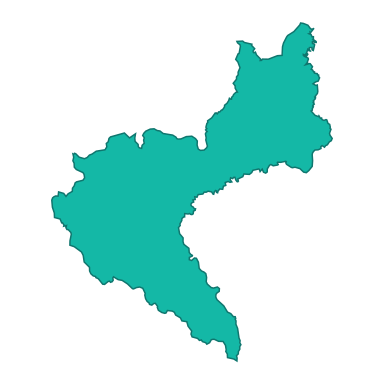 San Jacinto Del Cauca, Bolívar, Colombia (Albers equal-area conic projection)
{"feature_id": "7082276B25893403851567", "entity_name": "San Jacinto Del Cauca", "entity_type": "district", "adm_level": 2, "iso_a3": "COL", "parent_name": "Colombia", "parent_adm1": "Bolívar", "projection": "albers", "projection_center": [-74.643, 8.23], "detail": "fine", "context": "isolated", "style": "filled", "palette": "teal", "viewbox_px": 384, "rotation_deg": 0, "n_neighbors": 0, "source": "geoboundaries", "source_scale": "gbopen_adm2", "svg_char_len": 5948}
<svg xmlns="http://www.w3.org/2000/svg" viewBox="0 0 384 384"><path d="M300.6,23.0L299.8,24.9L293.9,31.6L287.7,35.5L286.6,37.0L283.5,43.1L282.5,46.8L282.1,55.4L277.4,55.7L268.3,59.2L262.5,59.1L261.5,60.4L260.2,60.5L260.6,59.1L256.5,54.9L255.4,52.1L254.0,52.8L253.1,51.9L253.2,50.7L254.7,48.7L251.6,45.4L251.9,44.2L244.4,42.5L242.7,41.1L236.9,41.4L237.6,42.9L240.0,44.8L240.4,46.3L239.1,53.4L238.1,53.8L235.7,59.4L237.9,62.0L240.0,67.7L238.1,72.2L238.2,74.7L236.5,76.9L236.5,79.2L233.2,83.3L235.1,85.8L235.2,88.3L237.4,92.1L235.8,92.4L233.6,94.5L232.8,96.3L231.6,97.3L231.5,99.2L230.6,99.2L229.4,98.3L228.7,100.6L227.0,103.3L224.6,105.2L224.4,107.1L222.3,110.0L221.5,110.0L219.7,112.0L218.6,111.9L217.3,113.8L216.4,113.0L215.9,113.5L215.2,113.0L211.7,117.9L207.6,120.8L207.8,122.5L206.9,123.4L206.0,126.8L206.0,127.9L206.8,128.7L205.6,129.9L207.1,131.6L206.3,132.1L205.4,133.9L206.2,137.9L205.8,139.9L207.4,146.2L206.5,147.9L204.1,150.1L200.4,150.4L198.3,149.1L197.1,145.1L197.3,141.0L195.5,138.6L191.8,136.2L186.3,136.6L181.0,138.9L178.3,139.1L176.9,138.7L175.9,137.1L172.7,135.1L163.1,133.5L160.0,131.0L157.1,130.5L154.1,128.8L150.2,129.1L145.7,131.2L143.8,133.3L142.7,135.5L144.3,137.8L143.6,140.1L144.2,143.3L142.1,145.3L141.6,148.4L139.3,147.8L138.3,146.7L138.1,144.4L135.1,141.4L134.8,138.0L135.5,133.8L129.5,137.9L124.4,133.0L110.5,136.9L109.0,138.4L108.2,141.8L106.3,143.5L106.8,146.9L105.0,149.8L96.2,151.2L92.2,154.0L89.4,155.1L87.2,157.5L84.5,158.7L79.2,157.2L75.7,153.7L74.4,153.3L73.6,154.5L73.0,154.1L73.7,157.2L72.9,160.8L74.1,163.2L74.3,167.2L76.3,169.5L83.0,172.6L84.1,174.5L84.6,177.9L82.9,180.3L76.7,181.8L75.2,182.8L74.2,185.9L72.5,188.2L72.3,191.4L68.1,193.8L66.0,196.4L63.7,193.4L58.6,191.9L58.1,196.1L55.6,196.0L53.9,196.8L52.6,197.9L51.8,200.1L52.4,207.2L54.3,212.9L54.5,217.5L60.1,219.0L61.7,222.9L62.5,222.8L64.0,225.0L63.7,226.2L65.2,225.7L65.6,226.6L66.4,225.9L66.1,228.0L66.9,229.5L68.3,229.7L70.8,232.4L71.3,234.2L70.0,240.8L69.9,245.2L74.3,246.7L81.5,252.0L83.2,255.4L84.2,262.0L89.5,267.3L89.6,271.0L90.9,273.8L93.2,275.9L95.6,276.5L95.9,277.6L98.3,278.7L102.7,284.2L104.6,284.4L108.1,281.5L109.6,281.2L110.5,282.3L112.2,281.7L113.2,280.2L112.8,278.0L113.5,276.8L118.1,279.6L122.2,280.4L127.5,283.9L132.5,288.7L133.6,288.9L136.4,287.6L139.6,287.0L142.8,288.3L145.2,293.4L144.8,295.1L145.6,298.7L147.1,301.4L149.1,303.0L149.5,304.4L151.8,305.1L153.8,303.5L155.3,303.3L157.6,306.3L157.3,307.4L158.4,310.3L161.8,312.5L164.7,313.3L166.0,313.0L167.4,310.5L172.3,311.1L174.4,312.3L175.6,315.0L180.4,317.8L181.9,320.9L186.8,321.7L188.1,326.3L191.7,331.0L191.0,334.1L192.1,336.9L197.6,338.4L199.4,340.4L201.4,340.0L202.4,341.6L205.7,342.7L206.8,344.2L209.6,342.7L211.3,339.7L213.0,339.3L214.3,339.3L218.5,341.3L223.1,341.5L225.5,345.4L226.2,349.8L225.8,351.5L227.3,353.9L227.5,357.6L233.8,359.0L236.9,361.0L237.1,358.0L236.5,355.7L238.3,353.9L238.4,351.5L239.8,349.2L239.7,346.7L240.9,344.7L239.8,342.7L240.1,340.7L239.0,338.0L237.6,328.4L235.9,324.2L236.0,320.9L235.1,319.0L235.7,318.5L235.2,316.7L233.4,316.7L230.8,313.6L227.5,312.1L223.8,305.9L217.0,299.7L215.8,297.1L215.9,294.5L216.9,293.0L219.2,291.4L219.4,288.6L217.4,287.0L213.4,288.1L211.1,287.5L207.3,284.1L206.2,281.6L206.6,277.5L205.8,273.6L203.9,272.0L201.4,270.9L199.2,268.4L198.4,262.2L196.4,258.3L194.4,258.0L191.6,260.5L189.3,259.7L189.4,257.4L192.2,256.1L192.4,255.4L190.5,254.2L189.2,252.4L188.9,248.3L183.8,244.3L183.0,241.5L183.1,237.9L179.6,233.7L178.5,227.6L180.2,225.5L179.9,223.9L181.8,220.5L181.9,218.5L183.9,216.8L184.6,216.9L184.7,213.6L188.2,214.0L189.7,213.5L190.4,214.3L191.9,214.6L193.2,213.8L193.5,211.1L195.2,210.3L195.5,208.8L194.3,208.8L193.3,207.1L191.7,206.2L191.0,205.3L191.0,204.1L191.6,203.0L193.7,202.0L192.9,200.0L195.2,199.5L194.8,196.8L197.0,197.2L198.1,194.6L202.9,194.0L204.2,192.1L206.2,192.2L208.1,191.2L211.6,191.9L213.1,194.2L213.7,194.3L214.3,191.9L215.5,190.5L216.4,190.8L216.5,192.4L217.6,192.8L218.1,191.0L219.8,189.0L222.7,189.3L223.4,186.2L225.8,185.4L225.2,182.5L228.1,181.5L230.0,182.3L231.8,181.9L230.2,179.8L230.6,177.8L232.7,178.6L233.6,177.4L234.9,177.3L235.8,180.0L237.0,181.6L237.8,181.8L238.4,181.1L237.8,179.0L242.8,176.7L243.9,174.0L249.4,174.4L251.7,172.6L252.9,170.3L258.6,169.0L259.3,169.3L260.1,171.6L262.2,169.1L263.5,172.2L265.7,173.1L267.2,172.0L267.3,168.9L269.5,165.3L270.9,164.5L273.2,165.8L277.7,165.0L278.2,164.6L277.3,162.7L277.6,162.2L280.8,162.3L285.8,161.3L286.3,161.7L285.8,162.8L286.5,164.3L291.3,167.4L292.5,167.7L295.0,167.2L299.9,168.6L303.6,172.1L306.3,172.7L308.8,170.6L312.2,166.4L312.6,160.7L312.2,154.7L312.6,152.8L313.8,151.2L315.0,150.0L318.2,149.8L321.0,148.5L320.8,146.7L322.1,145.6L324.5,147.2L325.6,145.6L327.4,144.8L329.3,141.9L331.3,140.7L332.2,138.4L330.0,135.2L329.5,133.3L331.0,129.2L330.0,128.4L330.3,127.2L329.7,124.4L328.0,123.4L326.8,119.9L326.0,119.6L324.0,120.4L322.0,119.6L321.6,118.0L320.4,118.3L318.9,115.8L318.5,116.6L315.1,115.4L311.1,111.0L312.3,110.2L312.3,108.6L313.1,107.4L312.7,106.8L313.3,106.3L312.8,105.5L314.1,104.3L313.6,103.9L314.0,103.2L313.2,102.4L313.8,101.8L313.3,100.9L315.2,98.9L314.8,97.3L315.5,97.5L315.4,96.0L317.4,93.5L317.8,91.4L317.3,85.0L315.8,85.4L313.0,83.8L315.6,81.9L318.2,81.1L319.6,77.8L318.7,76.6L318.6,75.0L317.6,74.8L317.2,73.6L314.6,73.2L314.1,72.6L314.5,72.0L313.2,71.2L312.6,70.0L311.2,69.3L312.5,66.7L310.2,63.7L308.2,63.5L308.0,64.1L305.4,64.8L307.1,62.8L308.4,59.1L308.1,58.1L305.0,56.6L306.7,56.0L307.8,54.2L307.3,53.6L305.8,55.6L304.7,55.9L303.3,55.2L303.3,54.4L305.0,55.1L306.7,52.7L307.8,49.1L308.5,49.5L308.9,50.7L310.2,51.0L309.1,48.7L309.4,47.6L311.9,47.5L312.1,49.9L313.3,50.5L314.6,44.9L314.5,44.1L312.5,43.5L312.3,41.8L312.9,41.3L313.1,41.8L314.6,41.5L314.4,42.2L316.2,42.4L316.1,41.5L313.0,39.3L313.4,39.1L313.4,36.7L312.1,36.8L311.1,34.6L308.9,33.7L310.4,33.1L310.2,32.3L310.6,32.6L314.0,28.3L311.8,29.4L310.2,28.3L307.9,25.2L303.3,23.4L300.6,23.0Z" fill="#14b8a6" stroke="#0f766e" stroke-width="1.5"/></svg>